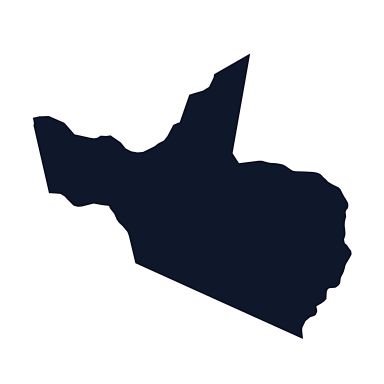 outline of Tete Morne/Morne Andrew, Vieux Fort, Saint Lucia, rotated 3°
{"feature_id": "8701671B63558668022840", "entity_name": "Tete Morne/Morne Andrew", "entity_type": "district", "adm_level": 2, "iso_a3": "LCA", "parent_name": "Saint Lucia", "parent_adm1": "Vieux Fort", "projection": "orthographic", "projection_center": [-60.952, 13.772], "detail": "fine", "context": "isolated", "style": "filled", "palette": "ink", "viewbox_px": 384, "rotation_deg": 3, "n_neighbors": 0, "source": "geoboundaries", "source_scale": "gbopen_adm2", "svg_char_len": 2316}
<svg xmlns="http://www.w3.org/2000/svg" viewBox="0 0 384 384"><g transform="rotate(3 192 192)"><path d="M49.8,199.9L50.2,199.8L60.9,200.0L65.2,202.3L65.5,202.5L68.6,205.6L74.8,211.1L78.7,212.0L82.7,211.5L92.7,208.4L94.3,207.9L101.3,208.8L103.3,209.0L110.4,209.5L111.5,212.2L112.6,213.4L116.1,217.4L117.0,219.2L118.9,223.1L121.2,226.0L124.2,228.5L125.1,229.2L126.4,230.7L130.2,234.8L131.9,238.7L139.8,265.5L205.5,291.2L309.6,331.8L309.6,331.6L308.4,324.2L308.6,321.4L311.5,314.5L316.1,310.2L319.9,308.8L321.3,307.9L322.5,305.1L322.3,302.8L321.3,300.1L321.7,299.2L323.2,298.0L326.1,296.2L329.4,293.6L331.1,291.4L331.0,288.6L331.1,284.0L332.2,281.3L334.1,280.1L339.9,279.4L342.5,277.4L343.9,275.3L344.4,269.6L347.0,263.6L348.0,259.3L348.2,257.6L349.0,255.4L352.0,249.8L353.9,245.7L353.3,242.7L352.0,241.4L348.9,237.3L346.8,235.8L346.0,233.6L345.5,231.3L346.4,228.2L346.7,225.7L346.1,221.0L345.5,217.8L345.5,213.7L346.0,210.6L346.5,208.4L345.8,205.1L345.8,204.0L346.0,202.2L347.8,199.7L348.1,197.9L347.8,195.3L345.1,190.9L343.7,189.1L342.0,186.3L339.6,182.1L338.4,180.9L337.7,180.3L337.4,180.2L333.8,178.7L331.2,177.6L329.4,176.6L327.7,175.7L326.4,174.8L325.1,173.5L324.1,172.6L322.4,171.3L321.2,170.2L320.0,169.0L319.0,168.1L318.3,167.8L317.4,167.4L314.8,166.7L311.5,166.4L308.2,166.4L302.0,166.4L299.7,166.5L293.9,166.6L292.5,166.4L291.0,166.1L289.8,165.4L288.4,164.6L286.4,163.4L284.3,162.1L282.5,161.1L280.9,160.5L278.6,160.1L274.5,159.6L271.9,159.6L270.1,159.6L268.2,159.5L266.0,159.2L264.2,158.8L262.6,158.5L260.9,158.0L259.3,157.9L258.1,158.0L257.3,158.0L237.1,161.6L229.7,151.4L241.9,52.2L208.7,73.6L208.5,75.1L208.2,77.0L204.1,86.7L201.3,88.6L198.0,90.9L189.3,93.9L186.9,94.8L184.8,95.6L182.6,103.2L176.6,123.9L175.1,124.2L174.5,124.4L174.2,124.6L170.4,126.5L167.8,132.1L165.1,137.9L161.8,142.6L156.0,146.0L152.7,148.9L148.1,151.5L141.2,155.3L135.5,156.1L128.9,155.3L128.1,154.9L123.1,152.7L117.8,146.8L107.5,140.5L104.1,141.2L103.8,141.3L98.0,141.3L95.2,143.4L94.4,143.6L91.5,144.3L86.5,143.8L77.1,142.2L72.4,141.5L71.3,141.3L68.0,137.9L60.6,130.3L57.5,129.1L51.6,126.9L47.9,125.5L45.0,124.4L35.5,125.2L33.1,126.0L30.1,126.7L30.4,127.9L30.7,128.9L30.8,129.5L31.0,130.2L31.3,131.8L31.3,132.1L31.4,133.1L31.3,133.8L31.0,133.8L46.5,188.3L49.8,199.9Z" fill="#0f172a" stroke="#020617" stroke-width="1.5"/></g></svg>